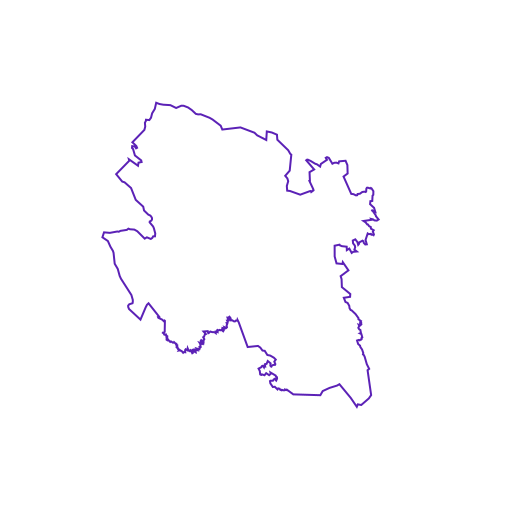 outline of Skujenes pag., Amatas, Latvia, rotated 232°
{"feature_id": "27541924B80284932099647", "entity_name": "Skujenes pag.", "entity_type": "district", "adm_level": 2, "iso_a3": "LVA", "parent_name": "Latvia", "parent_adm1": "Amatas", "projection": "equal_earth", "projection_center": [25.458, 57.084], "detail": "fine", "context": "isolated", "style": "outline", "palette": "violet", "viewbox_px": 512, "rotation_deg": 232, "n_neighbors": 0, "source": "geoboundaries", "source_scale": "gbopen_adm2", "svg_char_len": 6146}
<svg xmlns="http://www.w3.org/2000/svg" viewBox="0 0 512 512"><g transform="rotate(232 256 256)"><path d="M238.6,388.7L238.3,388.6L238.9,388.4L238.8,387.7L241.1,386.1L241.5,385.4L241.1,384.4L239.0,382.5L238.9,381.8L240.0,381.0L241.0,379.1L241.1,376.2L242.3,374.2L241.6,373.2L242.2,372.1L244.7,370.9L246.3,369.3L264.7,373.9L264.6,379.0L271.4,384.0L275.9,385.2L279.4,379.8L278.2,378.0L280.1,376.8L281.3,375.0L281.7,373.0L288.5,373.8L290.2,372.8L290.4,371.4L288.1,371.1L288.6,363.8L287.0,361.6L290.9,360.4L292.1,359.5L297.2,357.6L300.1,356.1L300.5,355.5L300.5,354.5L288.4,355.1L289.1,349.8L282.1,344.8L282.3,344.3L273.1,342.2L272.7,341.4L272.3,342.5L272.4,338.9L273.5,339.2L274.0,338.2L277.1,328.6L286.3,322.8L288.3,320.8L292.2,323.4L295.1,327.4L297.8,328.5L301.2,328.4L302.5,335.1L314.1,346.2L315.4,345.9L319.5,346.5L334.5,344.4L338.7,347.2L343.6,344.5L347.5,341.2L341.1,335.5L350.4,331.2L354.1,330.7L366.9,322.9L376.4,307.3L380.4,308.4L390.3,305.8L393.5,304.5L401.7,299.7L403.2,297.6L405.0,296.1L410.7,295.2L414.9,293.9L418.9,291.5L420.4,289.7L421.8,284.2L427.6,281.4L432.3,276.1L435.2,273.5L438.2,271.7L434.2,266.8L432.4,262.0L429.6,258.4L428.8,255.6L431.1,253.2L430.2,252.3L429.4,250.5L426.2,248.4L424.1,245.7L421.7,228.6L416.4,229.4L414.5,228.9L414.7,227.8L416.7,228.0L418.8,226.1L417.5,224.8L416.0,225.0L409.8,222.5L402.0,224.4L400.5,223.7L401.9,220.9L399.8,218.6L410.5,215.4L409.1,214.8L406.6,196.2L397.0,196.4L395.0,197.8L386.5,199.4L374.3,195.8L364.3,197.5L360.8,195.8L354.9,196.6L353.0,197.6L351.6,197.7L349.9,197.4L348.8,196.5L348.3,195.3L348.6,193.5L348.0,192.9L342.6,193.1L340.7,192.6L335.8,190.5L333.7,188.5L334.8,187.1L334.1,185.4L334.2,183.6L337.9,181.5L338.2,179.0L348.6,177.7L351.7,176.4L354.7,173.1L356.1,172.3L356.1,170.3L359.3,164.6L359.6,162.8L360.7,161.8L364.2,155.1L368.2,150.8L365.3,146.5L359.0,148.5L352.9,147.0L348.1,146.4L346.2,145.7L336.9,139.9L330.9,139.1L324.2,136.3L321.2,135.6L302.0,133.8L297.3,131.9L295.6,130.6L294.8,129.6L296.0,126.4L295.6,124.7L294.5,123.9L292.4,123.3L277.0,125.8L283.5,137.5L284.7,140.1L284.9,142.2L267.8,142.3L268.2,141.2L267.4,141.0L263.6,142.9L261.4,143.2L261.5,144.2L261.0,144.3L252.5,137.4L252.2,136.4L252.9,135.6L252.8,135.3L251.7,135.6L250.6,135.3L249.7,135.9L249.7,136.7L248.0,136.4L247.4,136.7L246.8,136.2L247.7,135.8L246.9,135.3L245.2,135.3L245.8,134.6L245.1,134.0L244.1,134.3L244.2,135.1L241.1,135.5L241.1,136.4L238.8,137.2L238.4,137.8L238.6,138.4L236.4,138.7L235.9,139.2L235.5,139.0L236.2,138.5L234.3,139.0L234.2,138.2L233.2,138.2L233.1,137.4L231.4,137.8L230.9,137.6L231.2,137.3L230.0,137.2L230.3,137.7L229.2,137.9L229.0,137.3L228.7,138.1L228.0,138.0L227.1,138.9L224.6,139.0L224.7,140.0L223.7,141.0L225.5,142.2L225.8,143.2L224.0,143.9L225.3,145.3L223.0,144.7L221.8,145.2L222.2,146.3L221.2,146.5L218.6,145.9L218.5,146.5L219.2,147.3L221.1,148.3L220.9,148.7L219.0,148.4L217.2,149.2L217.8,149.6L219.6,149.4L220.2,150.0L217.8,151.9L219.7,152.2L217.3,153.9L217.7,154.6L219.2,155.5L219.0,155.9L218.3,156.0L218.3,156.4L220.3,157.4L220.3,157.9L222.3,158.1L220.5,159.2L223.1,160.1L223.4,161.0L222.4,161.2L222.0,160.4L219.5,160.7L220.4,161.7L220.9,161.4L221.3,161.9L222.1,162.0L221.9,163.3L222.3,164.1L224.5,164.4L224.4,165.3L225.7,167.5L225.4,168.4L228.8,168.2L226.5,171.7L224.8,170.9L224.4,171.1L224.6,173.5L223.0,174.6L221.5,176.4L220.0,176.8L221.2,177.7L219.7,178.8L221.4,179.6L221.5,180.1L220.4,180.6L220.2,181.8L219.3,182.3L219.0,183.3L216.9,183.8L217.4,185.0L218.2,185.1L219.3,184.4L220.0,185.2L218.1,186.6L217.9,187.1L219.3,187.4L217.6,188.4L217.7,189.2L219.4,190.1L219.9,191.1L221.2,191.6L220.7,192.2L221.5,193.2L222.9,193.5L222.2,194.6L225.0,195.6L224.4,196.3L222.5,196.4L223.0,196.9L224.5,197.2L224.5,197.7L222.8,197.7L220.6,196.7L220.0,197.7L218.2,198.3L217.4,199.1L217.5,200.5L216.5,201.4L217.1,202.1L214.2,201.5L189.4,193.4L183.9,202.2L181.2,203.0L177.5,202.9L175.9,204.5L171.0,204.0L168.8,205.9L164.8,207.5L162.2,207.8L161.5,205.4L158.9,204.7L158.5,204.0L159.6,202.4L159.8,200.6L159.4,200.0L159.9,199.7L160.9,199.9L162.4,201.4L166.0,200.6L164.5,197.9L165.2,196.5L163.4,195.3L164.2,194.9L163.3,193.7L165.3,193.8L165.6,192.8L165.1,191.7L165.7,188.7L163.1,188.2L160.1,186.4L159.2,186.8L158.9,187.1L159.1,187.8L156.8,189.3L157.4,191.9L154.0,193.0L154.1,195.2L155.3,195.7L149.6,197.9L148.5,197.4L147.6,197.9L146.4,197.1L145.4,195.2L146.1,195.1L146.8,195.8L147.7,195.3L147.8,193.9L147.3,192.5L148.7,190.8L148.8,190.0L146.8,188.9L142.4,188.6L141.4,190.3L137.6,190.8L138.0,192.0L136.8,192.9L135.7,192.7L134.4,193.5L134.6,194.0L132.9,195.3L132.3,196.6L132.7,196.8L130.9,198.0L131.1,198.2L124.0,200.2L106.7,221.0L108.5,225.4L106.8,232.7L104.0,240.1L103.6,242.8L85.9,243.3L75.1,242.6L76.4,244.9L73.8,247.2L74.3,257.2L75.5,261.1L97.3,273.6L97.4,275.7L102.5,276.7L109.7,279.6L111.6,280.0L112.6,279.7L113.5,280.8L117.0,282.0L120.1,282.2L121.3,282.8L123.7,282.3L127.2,283.6L126.6,285.3L125.7,285.8L125.8,286.9L125.4,287.3L125.5,288.2L126.6,289.0L126.5,289.7L129.6,291.0L131.0,290.3L130.7,291.3L133.5,292.7L134.6,292.2L136.4,292.4L137.3,294.3L138.5,294.6L137.1,295.4L137.3,297.0L138.0,297.3L139.0,296.7L139.5,297.2L139.3,298.0L140.3,298.1L140.3,298.6L143.1,297.8L144.0,298.5L148.9,298.7L154.3,297.9L155.2,297.3L157.3,297.6L159.3,298.8L162.6,299.3L164.7,298.2L169.0,299.5L165.9,305.0L168.0,306.9L178.6,304.5L185.1,309.2L188.0,310.3L187.8,320.0L197.7,320.6L196.5,319.2L200.6,314.9L207.2,317.7L215.7,324.3L213.5,328.8L212.7,328.7L210.9,329.7L207.5,333.2L204.7,331.2L204.4,334.1L199.5,333.3L199.5,335.1L197.5,338.2L200.5,337.5L201.8,339.5L203.4,340.3L206.2,340.3L208.6,341.8L208.0,344.5L204.6,344.5L201.9,343.4L202.2,344.8L203.2,345.4L202.5,349.4L201.5,349.7L200.0,349.0L197.8,349.2L197.0,350.5L201.2,352.2L205.0,357.9L203.8,358.3L202.7,360.2L201.7,360.0L200.9,361.0L201.0,361.5L200.1,361.6L200.4,362.2L203.3,363.1L203.8,364.6L206.8,363.4L208.2,364.3L209.8,363.5L211.9,363.6L212.4,363.1L215.0,363.1L217.4,362.3L213.4,369.3L214.4,369.5L212.8,370.8L211.2,371.2L209.5,373.0L209.3,375.1L213.5,375.0L214.2,375.4L219.1,375.7L221.2,375.3L217.4,377.2L221.3,378.7L226.6,377.8L228.8,379.9L227.8,381.5L231.8,385.0L232.0,386.1L234.8,388.4L238.6,388.7Z" fill="none" stroke="#5b21b6" stroke-width="2"/></g></svg>